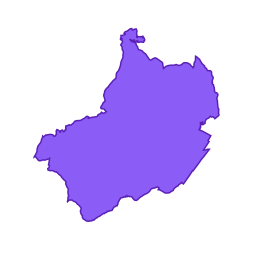 Bodoc, Covasna, Romania, rotated 280°
{"feature_id": "2599482B10512922850096", "entity_name": "Bodoc", "entity_type": "district", "adm_level": 2, "iso_a3": "ROU", "parent_name": "Romania", "parent_adm1": "Covasna", "projection": "mercator", "projection_center": [25.837, 45.981], "detail": "fine", "context": "isolated", "style": "filled", "palette": "violet", "viewbox_px": 256, "rotation_deg": 280, "n_neighbors": 0, "source": "geoboundaries", "source_scale": "gbopen_adm2", "svg_char_len": 5816}
<svg xmlns="http://www.w3.org/2000/svg" viewBox="0 0 256 256"><g transform="rotate(280 128 128)"><path d="M227.0,118.8L226.4,117.2L225.2,115.7L225.9,114.8L226.6,114.5L226.1,113.0L223.3,110.4L222.4,108.7L221.7,108.1L220.6,107.7L220.5,108.6L220.0,109.0L219.1,108.3L218.0,105.8L217.9,105.0L215.9,105.5L215.3,105.1L214.3,105.2L214.7,106.0L214.8,106.5L214.1,106.5L213.5,106.1L213.2,107.0L211.7,107.8L209.8,106.8L208.5,106.5L208.2,106.6L207.9,107.2L206.9,108.0L204.0,108.8L203.1,109.9L200.6,110.4L199.2,110.3L198.0,110.6L196.3,110.7L192.2,109.7L188.2,109.7L184.3,109.1L182.7,108.6L180.5,107.3L179.1,107.1L175.9,107.5L174.6,107.2L172.2,105.2L167.2,102.3L164.9,101.2L164.8,101.4L163.4,100.0L160.9,98.8L159.9,98.6L159.3,98.8L157.5,98.6L157.2,98.4L156.1,98.4L154.9,98.8L153.1,99.8L150.5,100.8L148.5,99.1L146.3,98.6L144.0,97.6L142.5,98.0L142.4,99.5L142.6,101.2L141.5,102.1L140.3,103.8L138.9,102.5L138.2,101.3L138.5,100.6L138.5,99.9L139.0,99.3L139.0,99.1L137.4,98.5L136.1,96.5L135.4,96.0L134.6,96.1L133.6,94.8L132.0,89.9L130.7,87.5L130.8,87.1L131.6,87.5L132.1,87.3L132.4,86.0L132.2,85.1L130.2,83.6L128.9,81.9L127.4,80.2L127.0,79.1L126.3,76.1L125.4,74.4L123.4,73.4L121.1,71.4L120.6,70.4L121.0,69.6L119.5,67.4L119.5,66.8L119.0,66.4L118.3,66.6L117.2,66.6L116.2,67.1L115.7,67.1L115.2,66.3L113.9,66.3L113.1,65.1L114.3,64.3L114.6,63.6L114.5,63.4L113.6,62.3L112.2,62.1L112.2,61.9L112.5,61.4L113.1,61.0L114.1,58.9L114.1,58.3L113.2,57.9L111.7,57.9L110.8,58.5L110.0,58.3L109.5,58.6L108.9,58.4L108.3,57.8L107.6,57.9L107.0,56.7L108.2,55.2L108.3,52.8L107.6,50.6L107.1,49.8L107.0,48.4L104.5,46.3L105.2,45.4L103.1,45.4L102.5,45.0L101.3,44.8L99.7,44.8L98.4,44.4L94.6,42.5L91.5,42.1L89.5,42.4L88.2,42.3L85.0,41.4L84.1,40.8L83.5,40.7L83.0,40.7L83.1,40.8L83.5,41.1L83.7,42.0L80.8,45.1L80.3,46.3L80.5,47.2L81.2,48.8L81.8,49.6L81.9,51.7L83.1,53.8L83.7,55.1L84.5,56.0L80.9,56.2L77.8,56.1L77.4,57.1L76.8,57.2L75.0,57.0L74.7,56.5L74.1,56.0L72.7,56.6L72.4,58.6L72.9,60.4L72.9,61.8L72.1,63.6L72.4,64.8L72.1,65.0L71.9,65.9L70.4,67.9L69.2,70.2L67.8,71.3L67.2,72.4L66.7,72.8L65.3,74.7L65.1,75.6L64.2,76.2L62.1,76.4L58.9,78.4L58.5,79.1L57.4,79.8L55.0,79.9L52.4,80.5L50.9,81.4L49.4,80.9L47.3,81.3L45.1,81.1L44.9,81.2L46.9,82.8L47.3,85.6L46.6,86.7L46.1,88.7L45.5,90.1L44.2,91.3L43.6,92.9L41.4,95.4L39.9,96.0L38.2,95.5L37.0,95.8L34.6,97.1L34.0,98.2L32.1,98.6L30.6,99.8L30.2,101.5L29.7,101.9L29.2,103.5L29.3,105.4L29.9,106.6L30.1,108.0L30.6,108.6L30.8,109.3L31.7,109.7L31.7,109.9L31.5,110.4L31.7,110.8L33.1,111.6L34.1,112.6L34.1,113.0L34.6,113.2L35.5,114.1L36.1,115.2L39.5,118.6L39.7,118.9L39.5,119.4L40.0,119.9L40.6,120.2L41.2,121.7L42.2,121.9L42.5,123.0L43.1,123.6L43.0,124.3L43.4,124.8L44.1,126.6L46.8,127.5L47.2,127.9L48.0,128.2L48.4,129.1L49.5,130.1L49.6,130.9L50.4,130.8L51.0,131.2L53.5,131.2L54.0,131.6L56.4,132.2L56.8,132.7L57.4,132.7L57.8,133.0L58.4,134.5L59.1,135.1L59.0,135.4L59.1,135.9L59.9,137.0L59.7,137.6L60.2,137.7L60.0,138.0L60.1,138.4L60.5,138.5L60.4,139.0L60.9,139.0L60.5,139.4L60.9,140.5L60.7,141.5L60.9,141.8L61.0,142.7L60.4,144.5L59.4,145.1L58.1,147.0L58.1,148.7L59.0,149.9L61.5,151.6L65.3,155.7L65.5,155.7L66.3,157.3L68.0,159.2L69.3,160.2L72.0,161.4L72.5,162.0L73.8,165.2L75.1,167.1L74.4,168.9L72.5,168.4L72.5,169.4L72.8,169.7L72.4,170.4L71.9,172.1L70.5,175.6L70.6,177.3L71.2,179.6L71.9,180.6L73.2,181.6L73.5,182.3L74.4,183.4L76.0,183.8L77.0,184.4L79.0,186.2L79.6,187.3L80.9,187.7L82.9,189.9L83.6,190.0L82.5,192.3L91.8,196.7L97.4,199.1L97.2,199.6L107.1,204.5L109.4,205.5L113.0,207.6L121.2,211.8L120.9,210.0L119.8,208.1L119.4,206.2L128.7,210.2L129.4,209.0L134.8,210.9L137.9,201.6L138.5,198.5L139.2,198.9L139.6,198.6L140.1,198.5L140.7,198.8L140.6,199.3L140.9,199.4L142.0,199.3L142.5,198.9L142.9,198.8L143.4,199.2L144.1,198.9L144.2,199.3L144.8,198.7L145.7,198.4L145.8,198.4L145.6,199.5L145.7,199.8L146.9,200.0L146.9,200.4L146.5,200.7L144.4,200.5L144.2,200.9L144.4,201.3L146.1,203.1L148.0,202.8L149.9,203.4L150.4,203.8L152.4,206.3L153.8,206.9L153.9,207.2L153.3,208.2L153.8,209.7L152.8,211.6L152.3,212.0L155.7,214.9L156.4,215.3L157.2,215.2L158.3,214.6L159.6,214.5L160.6,214.2L162.3,214.2L162.8,213.6L164.1,212.9L170.7,211.2L172.2,210.3L176.2,210.8L176.7,210.6L177.6,210.1L178.1,208.9L178.2,207.8L178.7,207.1L179.6,206.7L180.2,206.7L183.0,205.8L183.8,205.2L185.2,204.8L185.6,204.5L185.8,203.5L186.2,203.2L187.8,203.3L188.1,202.7L188.3,202.7L192.1,203.2L193.2,202.7L194.5,201.4L197.8,200.4L198.5,199.6L198.7,198.9L198.5,198.0L198.4,196.2L198.5,196.1L200.3,194.9L200.4,194.4L201.6,192.7L202.4,192.7L203.8,190.4L205.0,189.0L208.0,186.6L210.1,183.1L210.4,182.1L206.8,182.6L205.3,182.5L204.0,181.9L202.0,181.9L200.9,182.2L200.1,182.2L198.6,181.6L199.4,180.9L200.0,179.6L201.4,178.1L201.9,177.0L202.4,175.2L202.2,172.5L202.0,171.8L201.4,171.1L200.0,170.0L199.0,168.7L198.7,168.0L198.4,167.0L198.9,164.3L197.8,162.4L197.5,160.1L196.5,156.8L195.1,154.4L192.8,152.7L194.8,151.8L197.8,150.9L198.7,150.1L201.5,144.1L201.8,143.0L201.6,142.0L200.4,140.4L198.8,138.7L198.8,137.8L199.3,137.1L204.2,132.3L204.4,131.6L205.4,129.8L206.4,128.6L206.7,127.7L206.9,125.3L207.1,124.8L208.5,123.7L209.6,123.4L210.8,122.0L213.0,121.0L213.1,119.9L213.8,118.9L213.7,116.9L213.9,116.3L214.3,115.8L215.4,114.7L215.5,114.8L215.6,115.1L214.9,116.6L214.8,117.2L215.0,117.8L214.8,118.0L215.0,118.5L214.9,118.8L216.5,118.8L215.0,119.0L214.5,119.6L214.6,121.7L214.5,121.9L214.7,122.0L215.3,121.8L215.4,122.5L214.2,122.9L214.1,123.3L214.4,123.7L214.5,124.6L215.0,125.5L215.0,127.9L215.2,128.4L216.4,128.5L216.5,129.0L217.0,128.9L217.4,129.2L217.7,129.2L219.8,127.9L219.9,127.1L219.6,126.8L219.5,126.6L220.1,126.4L220.8,126.9L221.0,126.7L220.1,125.5L220.3,124.9L219.9,124.0L219.8,122.9L220.0,121.4L218.7,121.4L218.7,121.2L219.0,120.9L219.7,120.6L220.3,120.8L223.0,120.0L225.0,120.0L225.4,119.6L225.7,119.7L227.0,118.8Z" fill="#8b5cf6" stroke="#5b21b6" stroke-width="1.5"/></g></svg>